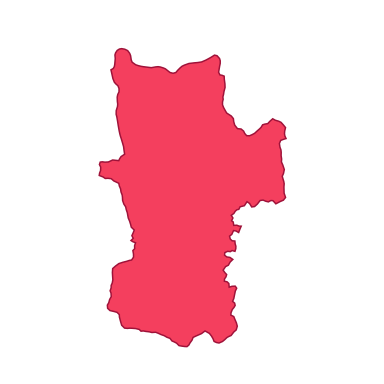 Anhembi, São Paulo, Brazil (Mercator projection), rotated 350°
{"feature_id": "56859067B93211874574950", "entity_name": "Anhembi", "entity_type": "district", "adm_level": 2, "iso_a3": "BRA", "parent_name": "Brazil", "parent_adm1": "São Paulo", "projection": "mercator", "projection_center": [-48.17, -22.796], "detail": "fine", "context": "isolated", "style": "filled", "palette": "rose", "viewbox_px": 384, "rotation_deg": 350, "n_neighbors": 0, "source": "geoboundaries", "source_scale": "gbopen_adm2", "svg_char_len": 4101}
<svg xmlns="http://www.w3.org/2000/svg" viewBox="0 0 384 384"><g transform="rotate(350 192 192)"><path d="M243.8,83.5L241.9,82.3L239.8,81.5L239.0,78.7L241.1,72.8L242.1,70.3L242.6,67.7L242.3,65.3L240.3,62.1L237.9,61.1L234.3,62.6L230.5,63.9L228.3,64.6L224.0,65.6L220.0,65.5L216.7,65.2L214.7,65.1L211.3,64.9L206.6,65.7L204.1,66.4L202.0,67.6L199.0,69.7L196.9,71.5L194.0,71.8L191.1,70.5L187.2,66.1L185.4,64.9L182.5,63.4L180.4,62.7L178.0,62.5L173.5,62.5L166.0,60.2L163.7,59.4L161.0,58.2L158.6,56.9L155.6,53.8L155.1,51.4L155.2,47.0L154.7,44.6L153.2,41.6L150.6,39.7L147.6,38.6L145.3,38.6L142.9,39.6L140.9,41.7L139.9,43.7L139.6,47.2L138.7,50.6L138.1,52.8L137.3,55.0L135.9,56.7L133.4,57.6L133.6,61.6L133.8,66.6L134.6,70.4L135.8,72.4L137.5,74.5L138.1,77.5L137.5,80.7L135.8,83.1L134.8,85.6L134.2,90.0L134.1,92.5L133.5,94.8L131.5,98.7L130.8,102.3L131.0,105.0L131.0,109.4L130.9,114.1L130.9,119.0L131.0,122.0L131.2,124.5L131.6,127.3L132.1,131.6L132.5,135.5L132.3,139.2L132.2,143.1L128.3,144.8L126.5,146.7L125.3,148.4L119.4,146.7L114.9,147.9L111.5,147.5L108.9,146.7L106.8,146.6L105.6,148.9L106.4,151.6L105.7,155.0L104.3,157.3L103.5,159.6L107.1,161.8L108.9,163.6L111.6,163.9L114.8,164.9L116.9,167.5L119.3,169.2L121.4,170.7L121.5,173.6L122.2,176.5L122.1,179.6L122.7,182.8L122.6,185.1L122.2,188.3L122.8,192.1L124.1,195.1L124.2,198.0L124.7,201.2L124.7,204.0L124.7,206.5L125.5,210.0L125.9,213.1L126.1,216.1L128.5,219.4L127.1,221.8L125.2,224.6L126.1,227.4L123.5,229.2L125.0,230.6L127.6,232.2L126.1,235.0L125.7,237.9L123.6,239.4L123.6,242.9L123.1,246.0L120.7,248.5L118.4,248.5L115.7,248.9L111.7,249.2L107.5,249.8L103.9,251.6L100.6,253.6L99.6,257.5L99.2,261.0L98.8,264.7L97.6,267.9L96.2,269.9L95.7,272.4L94.2,275.1L94.7,277.5L94.3,281.0L92.2,283.6L90.8,286.6L89.0,288.7L88.7,291.9L90.6,294.5L94.6,296.2L97.3,297.5L99.1,300.1L98.8,302.6L99.2,307.4L99.6,311.0L101.9,314.3L104.7,315.1L107.1,315.3L109.7,315.9L112.8,316.7L116.2,318.2L117.6,320.2L120.0,320.4L122.3,321.3L125.7,322.3L128.1,323.4L131.8,323.8L134.3,325.3L136.7,327.0L139.6,328.6L142.1,330.7L144.9,332.3L146.4,335.2L148.4,336.5L150.6,338.2L152.5,341.0L155.2,342.0L158.0,342.9L160.2,343.4L162.3,342.2L163.8,340.3L166.3,337.9L167.8,335.4L170.6,334.6L173.9,333.8L176.8,333.1L180.7,331.1L184.6,334.3L186.1,337.1L187.2,340.0L187.8,343.0L190.0,344.5L192.4,345.4L196.1,344.5L198.6,343.1L201.1,341.4L203.1,340.7L205.6,340.1L208.9,337.1L211.6,335.5L213.3,332.0L213.0,328.6L212.1,324.8L211.5,321.9L208.9,320.0L209.4,317.8L211.3,314.7L213.3,313.0L214.8,311.2L214.7,308.8L213.0,306.8L214.7,304.1L215.9,301.0L217.5,297.0L219.3,294.5L218.2,292.2L215.0,291.8L212.1,292.2L212.4,288.5L210.9,286.5L208.4,285.5L208.9,283.3L210.7,281.5L211.8,279.3L210.3,277.0L209.1,274.4L212.1,271.3L215.1,270.4L217.4,267.6L220.5,265.5L218.0,263.0L215.0,262.0L213.1,259.9L213.8,257.4L216.8,256.6L219.4,257.4L221.3,256.6L224.0,257.9L225.3,255.4L225.8,253.0L225.5,250.5L225.7,247.7L223.0,247.0L221.5,244.9L221.3,242.0L223.8,240.7L226.2,237.2L228.5,238.0L230.9,240.0L232.8,236.8L234.5,234.2L232.5,233.8L230.4,232.5L227.3,232.1L227.4,228.7L226.0,227.2L227.8,224.7L226.6,221.8L229.5,220.4L231.2,218.5L233.0,217.3L235.1,217.2L236.8,214.9L241.2,214.6L244.5,211.1L246.7,213.3L248.2,217.1L251.1,217.2L254.3,215.2L257.6,212.2L260.6,212.3L263.0,213.9L265.5,215.0L268.2,214.1L270.2,214.6L272.5,218.2L277.2,216.7L280.6,215.9L283.2,213.6L282.5,209.1L283.4,203.0L284.2,199.9L284.2,197.5L283.9,195.1L283.6,192.2L285.3,189.7L286.8,185.9L286.1,181.2L285.3,177.9L286.0,175.1L286.1,171.5L286.7,168.6L286.9,166.0L286.4,163.1L286.5,159.4L288.3,156.6L291.4,156.0L293.9,155.7L293.2,153.0L293.2,150.7L293.9,148.0L295.3,144.8L293.5,141.6L291.8,138.9L289.8,137.4L286.5,135.8L284.2,133.9L280.8,136.0L278.5,137.8L275.3,137.8L273.2,138.1L271.3,140.3L269.6,141.5L267.1,143.0L263.8,145.1L261.0,146.0L258.4,146.6L255.6,146.0L254.1,143.5L253.4,141.0L251.3,138.5L247.8,137.5L245.7,133.6L245.3,130.0L245.5,126.9L243.9,124.0L239.9,120.3L239.1,118.2L237.8,114.4L237.2,111.4L237.7,108.6L238.8,106.1L238.9,103.8L240.0,101.4L240.9,98.7L242.7,94.8L243.2,91.3L243.4,86.5L243.8,83.5Z" fill="#f43f5e" stroke="#9f1239" stroke-width="1.5"/></g></svg>